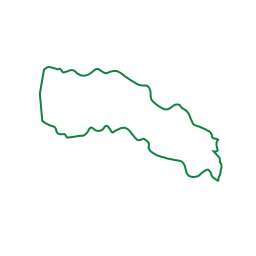 Maganier, Laborie, Saint Lucia (Robinson projection), rotated 317°
{"feature_id": "8701671B57020485893312", "entity_name": "Maganier", "entity_type": "district", "adm_level": 2, "iso_a3": "LCA", "parent_name": "Saint Lucia", "parent_adm1": "Laborie", "projection": "robinson", "projection_center": [-60.985, 13.794], "detail": "fine", "context": "isolated", "style": "outline", "palette": "green", "viewbox_px": 256, "rotation_deg": 317, "n_neighbors": 0, "source": "geoboundaries", "source_scale": "gbopen_adm2", "svg_char_len": 5017}
<svg xmlns="http://www.w3.org/2000/svg" viewBox="0 0 256 256"><g transform="rotate(317 128 128)"><path d="M139.9,204.2L140.2,205.2L140.3,205.5L140.6,206.1L141.0,206.6L141.2,207.1L141.4,207.3L142.8,208.8L143.1,209.0L144.7,210.1L145.0,210.2L145.6,210.5L145.8,210.6L146.2,210.8L146.5,210.9L147.2,211.1L147.5,211.2L149.7,211.2L150.1,211.1L150.5,211.2L150.8,211.2L153.4,211.4L155.5,211.9L156.4,212.0L157.0,212.2L157.3,212.3L157.7,212.8L158.1,213.1L158.1,213.5L158.3,214.1L158.3,215.6L158.1,216.8L158.0,217.2L157.9,217.6L157.2,218.7L156.9,219.3L156.7,219.9L156.4,222.2L157.8,227.9L158.0,228.0L160.7,225.9L163.8,224.8L167.2,222.0L169.5,220.7L171.8,217.6L171.9,215.8L174.6,212.5L174.7,203.4L174.8,203.5L175.2,204.4L176.9,205.4L177.8,205.6L178.3,205.6L180.1,202.4L181.2,200.6L182.5,199.4L183.7,198.6L184.7,198.2L185.9,198.2L185.9,197.8L185.3,196.2L184.8,195.5L184.1,194.9L183.6,193.9L183.3,193.2L183.2,192.4L183.4,191.8L184.5,190.5L185.1,188.1L185.2,187.0L185.1,185.4L184.2,184.0L184.0,182.3L183.5,181.4L182.5,178.9L181.2,175.9L180.5,174.8L179.0,172.0L178.5,170.4L178.5,169.3L178.8,168.0L179.1,167.2L179.6,165.9L180.3,163.7L181.0,162.1L181.5,160.8L182.0,159.3L182.3,157.8L182.4,156.2L182.3,154.4L181.8,152.5L181.3,151.1L181.1,150.0L181.2,147.9L181.5,146.7L180.8,145.0L179.5,143.9L178.7,143.3L177.4,142.8L172.4,142.2L171.1,141.8L169.9,141.5L169.7,141.4L167.4,139.2L166.8,137.7L166.0,135.4L165.3,132.8L164.5,128.2L164.4,126.4L164.3,124.8L164.5,123.3L165.2,121.9L166.0,120.5L167.0,119.3L168.6,117.5L169.4,116.5L170.0,115.3L170.8,113.3L171.0,112.0L170.8,110.5L170.6,109.8L169.7,108.8L167.6,106.9L167.0,106.2L165.9,104.6L164.6,102.1L164.4,101.4L163.9,99.3L163.1,96.6L162.3,93.6L161.7,91.1L161.1,88.5L160.7,85.7L160.0,82.2L159.1,79.7L158.5,78.8L157.7,77.6L156.1,76.3L153.8,74.9L152.3,74.4L149.6,73.2L148.4,71.8L147.3,68.1L146.8,65.7L146.2,64.2L145.4,63.7L144.4,63.0L143.1,62.9L141.9,62.8L139.8,62.6L137.1,62.2L134.8,61.7L132.0,60.2L129.5,57.6L128.9,55.9L128.4,54.5L128.1,53.4L128.0,52.9L128.0,52.0L128.0,50.7L127.6,49.1L126.9,47.9L125.8,46.9L124.7,46.1L122.0,45.1L120.0,44.1L118.9,43.5L118.3,42.7L118.4,41.9L118.5,40.8L118.8,39.4L118.6,38.5L118.4,38.1L118.0,37.8L116.5,37.1L115.7,35.5L114.5,33.4L113.2,31.4L112.1,29.8L111.0,28.9L109.9,28.4L108.5,28.3L106.6,28.1L106.4,28.0L98.2,34.2L86.9,42.8L70.1,64.4L70.2,64.7L70.3,65.0L70.6,66.0L70.7,66.9L70.9,68.0L71.2,69.0L71.6,69.8L72.0,71.0L72.4,72.2L72.9,73.1L73.0,73.4L73.3,73.8L73.8,74.8L73.9,75.0L74.2,75.5L74.7,76.2L75.0,77.6L75.0,77.8L74.7,79.0L74.6,79.4L74.5,79.7L74.5,79.8L74.3,80.1L74.2,80.3L74.0,80.6L73.5,81.5L73.4,81.6L73.2,82.2L73.2,82.3L73.1,82.5L73.0,84.1L73.5,85.3L73.6,85.6L74.1,86.1L74.3,86.4L74.7,86.8L74.9,87.1L75.1,87.3L76.3,88.2L76.6,88.5L77.1,88.8L77.6,89.7L77.3,91.5L76.9,93.0L77.0,93.5L78.0,94.3L78.3,94.5L78.6,94.7L79.7,95.6L80.1,95.9L80.3,96.0L80.9,96.4L81.8,97.1L82.4,97.6L83.6,98.3L84.7,99.0L85.8,99.6L86.4,100.1L86.7,100.3L89.4,102.6L89.9,102.9L90.5,103.3L93.3,103.6L93.5,103.6L95.1,103.4L95.5,103.3L96.5,103.1L98.9,102.3L99.3,102.2L100.9,102.2L101.5,102.7L101.6,103.0L101.9,103.5L102.0,103.9L102.1,104.4L102.4,105.8L102.6,106.8L102.6,107.1L102.9,108.1L103.0,108.3L104.0,109.6L104.3,110.0L105.0,110.4L105.9,111.0L106.2,111.2L107.4,111.6L108.2,111.8L108.6,111.8L109.3,111.7L110.5,111.5L111.0,111.5L111.6,111.3L111.9,111.3L112.5,111.2L114.0,111.9L114.4,113.2L114.3,113.8L114.2,114.5L114.1,115.1L114.1,115.6L114.1,115.9L114.1,116.8L113.3,119.2L113.5,120.4L113.6,120.7L113.8,120.9L114.1,121.0L115.1,121.2L115.8,121.3L116.0,121.3L117.2,121.4L117.8,121.7L118.7,122.0L119.9,122.4L120.9,122.7L122.6,123.2L122.9,123.4L123.2,123.6L124.3,124.4L125.1,125.0L125.5,125.3L125.8,125.6L126.0,126.0L126.2,126.4L126.5,127.2L126.6,127.4L126.7,127.7L126.9,128.4L127.0,128.9L127.0,129.3L127.2,130.7L127.1,132.5L127.1,132.9L127.0,133.4L126.9,134.3L126.6,138.1L126.5,139.5L126.5,140.0L126.5,140.7L126.7,143.2L127.4,144.1L128.0,144.5L128.8,145.0L129.5,145.4L130.0,145.7L130.5,145.8L131.3,146.0L131.6,146.1L132.0,146.4L132.4,147.1L132.5,147.4L132.5,147.5L132.6,148.2L132.7,148.4L132.7,149.0L132.9,149.9L132.9,150.5L133.1,151.4L132.9,152.9L132.8,153.2L132.7,153.6L132.1,154.3L132.0,154.5L131.8,154.9L130.5,155.6L130.0,156.0L129.8,156.3L129.7,156.4L129.1,157.7L128.7,159.7L128.7,160.2L128.7,160.6L128.8,160.9L128.9,161.7L129.0,162.2L129.1,162.6L129.3,163.4L129.5,164.3L129.8,165.4L129.9,165.7L130.1,166.0L130.2,166.5L130.5,167.3L130.6,167.8L132.1,170.5L132.2,170.9L132.6,171.6L133.0,172.3L133.2,172.5L134.4,174.2L135.1,175.7L135.3,176.1L135.4,176.3L135.7,176.8L138.8,181.0L139.3,181.8L139.7,182.4L140.1,183.0L140.3,183.2L140.7,183.8L142.6,186.0L143.1,186.9L143.4,187.3L143.6,187.6L143.8,188.0L144.0,188.4L144.1,188.7L144.4,189.2L144.4,189.5L144.5,189.9L144.5,190.1L144.5,190.4L144.2,192.5L144.2,193.0L144.0,193.4L143.9,193.8L143.7,194.3L143.6,194.6L143.2,195.3L142.9,195.9L142.7,196.3L142.2,197.2L142.0,197.7L141.6,198.3L141.4,198.7L141.3,198.8L141.0,199.5L140.6,200.1L140.5,200.3L140.1,200.9L140.1,201.3L140.0,202.0L139.9,204.2Z" fill="none" stroke="#15803d" stroke-width="2"/></g></svg>